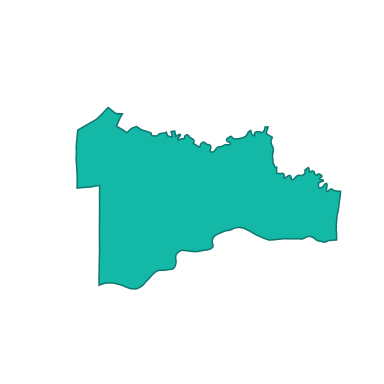 the district of La Blanca, San Marcos, Guatemala, rotated 239°
{"feature_id": "79465075B67582520223271", "entity_name": "La Blanca", "entity_type": "district", "adm_level": 2, "iso_a3": "GTM", "parent_name": "Guatemala", "parent_adm1": "San Marcos", "projection": "natural_earth1", "projection_center": [-92.12, 14.551], "detail": "fine", "context": "isolated", "style": "filled", "palette": "teal", "viewbox_px": 384, "rotation_deg": 239, "n_neighbors": 0, "source": "geoboundaries", "source_scale": "gbopen_adm2", "svg_char_len": 6088}
<svg xmlns="http://www.w3.org/2000/svg" viewBox="0 0 384 384"><g transform="rotate(239 192 192)"><path d="M159.6,66.2L158.6,70.5L158.3,71.2L156.7,74.3L154.4,77.9L151.9,80.3L149.5,82.6L147.5,84.5L144.7,86.3L141.2,89.2L140.0,90.5L138.8,92.3L137.6,94.5L137.2,96.8L137.2,99.1L137.3,101.5L137.7,103.3L138.1,104.1L138.7,105.9L139.7,109.6L140.7,112.7L141.7,116.2L142.2,119.0L142.2,121.4L141.8,123.5L141.0,125.0L139.0,128.1L137.8,131.2L136.9,133.5L136.0,135.4L136.0,136.6L136.4,138.1L136.6,138.5L137.7,139.9L139.1,141.5L141.0,142.8L142.4,143.4L143.5,143.8L145.8,145.3L146.6,146.4L147.2,147.8L147.5,150.1L147.5,152.4L147.1,153.6L140.7,161.9L138.2,165.7L136.0,171.9L134.8,174.5L133.7,178.0L133.9,180.9L134.8,182.3L137.6,183.2L139.7,184.1L141.1,185.5L142.3,187.6L142.7,189.2L142.7,192.7L142.1,196.6L141.6,200.1L140.7,202.6L139.8,204.5L139.6,205.9L139.4,207.7L139.3,209.7L138.4,212.2L137.3,214.3L135.6,216.3L134.1,217.9L128.8,221.3L126.5,222.6L124.4,223.7L122.5,224.8L119.1,227.1L115.3,229.8L113.4,231.4L111.5,232.8L110.5,234.4L109.4,236.5L108.4,238.6L107.6,240.5L104.2,247.5L101.6,251.4L96.9,259.5L95.3,261.5L94.7,263.2L94.4,267.8L94.3,268.4L93.0,270.3L91.7,271.7L90.0,272.7L87.5,273.6L85.4,274.7L83.0,277.5L82.0,278.2L81.3,279.0L80.8,279.9L80.2,280.9L80.2,283.8L79.7,284.7L76.4,291.3L80.6,293.7L83.7,295.4L84.8,295.8L85.7,296.3L86.3,296.8L87.9,297.9L88.7,298.2L98.7,305.4L98.9,306.1L99.3,306.5L99.9,307.0L100.7,307.6L103.2,309.8L104.2,310.5L106.8,312.5L107.8,313.4L109.9,315.0L112.0,316.7L113.3,317.7L115.4,319.3L116.1,319.7L116.8,318.5L118.2,316.7L120.2,314.5L120.5,314.1L121.9,313.8L122.6,313.4L123.1,312.1L123.0,310.6L122.7,309.4L122.5,308.4L123.0,307.9L124.1,308.0L125.3,308.9L127.0,310.2L128.2,311.3L129.3,311.8L129.9,311.7L130.4,311.4L130.5,310.5L129.8,308.4L129.4,307.7L129.2,306.7L129.1,305.4L129.4,304.0L129.9,303.1L131.0,303.1L133.2,304.2L134.1,304.7L134.4,305.4L134.4,306.4L134.3,307.7L134.0,308.8L133.8,309.5L133.8,310.2L134.1,310.5L134.7,310.5L135.2,310.1L135.6,309.6L136.0,308.8L136.7,308.2L137.2,308.0L137.6,308.1L137.9,308.6L138.0,309.2L138.2,310.1L138.2,311.1L138.4,311.4L138.8,311.6L139.2,311.7L139.8,311.6L140.7,311.0L141.4,310.7L142.1,310.1L142.3,309.8L142.4,309.7L142.6,309.5L142.3,309.0L141.9,308.4L141.7,307.9L142.1,307.3L142.8,307.0L143.3,307.0L144.3,306.5L144.5,306.5L145.1,306.6L146.0,307.0L146.5,307.1L147.1,306.8L148.3,305.8L148.3,304.9L148.3,303.9L148.5,303.1L148.9,302.7L149.3,302.9L150.0,303.6L151.0,304.0L152.1,304.4L153.0,304.3L152.9,302.1L152.6,300.0L151.4,299.5L150.5,299.1L149.3,296.8L149.5,295.3L150.0,293.8L150.8,292.8L151.6,291.7L151.7,289.8L150.7,286.1L150.7,284.7L151.1,283.8L151.7,283.6L152.4,284.0L153.8,284.6L155.0,284.7L155.9,284.3L156.3,283.5L156.2,279.8L156.3,278.7L156.6,278.2L157.5,278.5L158.0,279.1L158.8,279.6L159.5,279.9L160.6,279.8L161.4,279.3L162.0,277.8L163.0,276.2L163.4,275.2L163.8,274.7L164.4,274.4L165.8,275.1L166.8,275.5L167.8,276.2L169.0,277.1L169.8,277.4L170.1,276.5L170.5,276.1L171.1,276.0L171.7,276.1L172.4,276.2L173.5,276.3L174.6,276.4L175.2,276.5L178.6,278.2L180.0,278.9L181.6,279.6L184.7,282.3L187.2,284.0L187.6,284.2L191.5,284.7L192.4,284.8L193.8,285.3L194.3,285.5L195.3,286.3L195.9,286.8L196.4,287.5L197.0,288.6L197.3,288.9L197.9,289.0L202.3,286.3L202.9,286.1L204.6,286.3L204.8,286.5L206.0,287.7L207.6,289.8L208.7,290.7L210.1,288.1L208.6,286.9L208.1,286.3L207.0,284.4L206.8,281.8L207.6,281.8L207.9,281.7L208.4,281.4L208.8,280.9L209.9,279.2L210.3,278.5L210.5,277.7L210.6,277.3L210.6,277.0L210.5,276.7L210.3,276.2L209.7,275.5L209.4,275.3L208.7,275.3L208.4,275.0L208.2,274.6L208.2,274.1L208.2,273.9L208.4,273.7L208.6,273.6L211.3,273.1L212.0,273.1L212.5,273.2L213.1,273.6L214.1,274.1L214.4,274.1L214.5,274.0L214.6,273.5L214.5,272.1L214.5,271.5L214.2,270.8L212.7,268.4L212.4,267.7L212.3,267.3L212.1,266.0L212.1,265.1L212.3,264.2L212.8,262.1L213.5,259.8L213.7,259.2L214.6,257.5L215.5,256.0L215.9,255.6L216.5,255.1L217.0,254.9L217.4,254.7L217.9,254.6L218.9,254.4L219.3,254.2L219.7,254.1L219.9,253.4L219.9,252.8L219.8,251.2L219.8,249.5L219.4,249.0L218.7,248.3L218.2,248.2L217.5,248.2L217.0,248.3L216.4,248.7L215.9,249.3L215.2,250.0L214.7,250.2L214.1,250.0L213.7,249.7L213.5,249.3L213.4,248.7L213.5,248.2L215.4,244.7L215.7,242.4L215.7,240.6L215.8,240.1L216.4,239.2L217.0,238.3L217.2,237.7L217.2,237.1L217.1,236.5L216.8,235.5L216.3,234.0L215.7,232.6L215.6,231.7L215.6,230.8L215.6,230.1L215.9,229.5L216.5,229.0L216.9,228.8L217.5,228.8L218.6,229.3L219.2,229.7L219.8,230.5L220.5,231.1L221.4,231.6L222.4,231.7L222.9,231.5L223.7,231.1L224.2,230.5L224.8,229.7L225.5,229.2L226.4,228.9L227.7,228.5L228.5,228.0L228.7,227.8L228.9,227.4L229.0,226.5L229.0,225.7L228.7,224.2L227.9,223.2L226.5,221.8L226.7,221.3L227.3,220.9L228.0,220.7L231.2,219.2L232.8,218.0L234.4,219.9L236.2,220.3L239.6,218.5L241.1,218.2L242.9,217.8L243.5,217.6L243.7,217.2L243.8,216.4L243.7,214.9L243.1,214.1L242.1,213.3L241.9,212.8L241.9,212.5L243.0,210.5L243.1,209.8L243.4,206.7L244.7,207.2L246.6,211.3L247.4,211.6L248.1,210.3L248.0,206.8L253.2,208.6L254.5,205.2L249.4,203.6L249.4,203.4L250.2,202.2L252.0,200.8L252.8,199.9L255.8,200.7L256.5,200.8L256.8,199.0L257.0,198.1L257.4,197.3L257.8,196.4L258.2,195.4L258.6,194.5L258.7,194.1L258.7,193.8L258.6,193.3L258.5,192.9L258.3,192.0L258.2,191.3L258.2,190.9L258.3,190.7L258.5,190.3L260.9,186.5L263.7,187.3L268.1,183.7L270.3,181.6L272.4,180.2L273.2,179.8L275.5,178.8L276.5,178.3L276.7,178.0L276.9,177.1L277.7,173.1L276.4,166.6L279.5,165.4L283.9,163.1L287.3,161.1L291.9,167.6L292.9,169.1L294.8,172.7L295.4,172.1L296.1,170.3L296.9,169.8L296.6,169.3L299.4,166.6L300.1,166.4L306.9,164.0L307.6,163.5L305.3,155.2L304.8,153.2L303.5,147.6L303.7,138.8L303.9,125.9L298.7,122.1L290.4,116.0L286.8,114.1L281.4,110.7L281.0,110.3L279.3,109.2L276.4,107.9L263.9,101.3L262.0,100.1L258.6,98.1L254.6,95.5L250.1,104.6L248.4,107.8L246.9,112.2L245.2,116.2L238.3,112.0L236.8,111.0L234.0,109.4L232.9,108.7L230.8,107.5L226.7,105.0L223.7,103.2L218.9,100.3L210.0,94.8L202.7,90.5L201.6,89.7L199.0,88.2L188.4,82.0L184.6,79.5L180.9,77.2L173.2,72.4L169.0,69.8L167.8,68.9L159.9,64.3L159.8,65.1L159.6,66.2Z" fill="#14b8a6" stroke="#0f766e" stroke-width="1.5"/></g></svg>